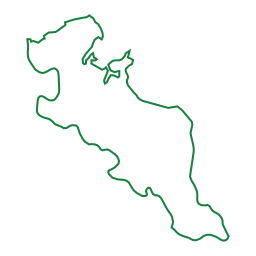 the border of Kyōto
{"feature_id": "JPN-1850", "entity_name": "Kyōto", "entity_type": "Urban Prefecture", "adm_level": 1, "iso_a3": "JPN", "parent_name": "Japan", "parent_adm1": "", "projection": "albers", "projection_center": [135.379, 35.234], "detail": "fine", "context": "isolated", "style": "outline", "palette": "green", "viewbox_px": 256, "rotation_deg": 0, "n_neighbors": 0, "source": "natural_earth", "source_scale": "10m", "svg_char_len": 2898}
<svg xmlns="http://www.w3.org/2000/svg" viewBox="0 0 256 256"><path d="M27.4,39.1L30.5,39.3L31.1,41.7L33.3,41.0L36.4,42.0L38.3,42.7L41.8,39.8L42.8,39.2L44.6,38.6L43.9,35.9L48.7,32.5L52.6,32.3L55.7,31.9L58.4,30.1L65.4,25.0L65.1,22.3L73.7,19.6L82.1,17.9L86.6,17.2L89.4,15.4L93.4,18.4L95.3,22.2L97.9,23.9L100.6,28.1L102.5,32.9L102.9,36.5L101.7,39.4L98.3,37.1L94.8,39.6L92.7,44.0L92.0,46.7L90.4,48.5L85.6,54.1L82.7,58.8L82.8,62.9L84.1,64.1L85.9,63.7L86.1,60.1L88.5,58.2L90.8,54.7L93.0,53.2L93.9,57.5L95.9,58.4L96.8,59.3L95.3,60.4L93.6,60.4L91.5,60.3L91.4,63.6L102.1,69.7L104.6,68.6L106.0,67.3L107.9,70.7L106.8,73.6L106.1,75.5L104.4,79.4L104.1,81.1L105.0,83.6L107.0,82.0L108.6,78.5L110.8,75.2L113.8,75.4L118.0,77.4L119.3,76.2L119.3,71.0L114.4,72.1L110.4,70.3L108.3,64.6L112.3,61.1L114.4,60.4L119.3,60.3L121.6,59.5L123.3,57.8L124.9,55.7L125.6,53.5L129.6,50.8L128.8,54.2L127.8,57.4L130.8,58.6L133.0,60.0L132.3,63.3L131.9,64.2L129.5,65.4L127.8,66.8L126.0,68.7L125.6,70.6L126.3,72.7L127.3,74.5L128.0,76.6L128.0,77.6L126.9,80.4L127.0,82.5L127.9,85.2L133.4,92.1L136.4,95.0L137.7,97.2L139.2,99.0L142.7,100.9L168.2,107.9L177.5,106.4L182.5,110.6L191.9,121.9L192.3,125.0L190.6,132.6L190.9,135.3L193.2,144.9L193.7,148.5L193.7,151.8L190.1,175.9L190.1,176.9L191.8,181.1L194.4,185.3L196.8,190.9L197.3,193.9L197.3,196.9L197.2,200.2L197.8,202.2L198.5,203.4L200.3,204.7L202.5,205.3L205.2,205.4L207.6,204.9L209.8,206.3L211.1,208.6L212.3,210.5L213.9,211.8L218.2,214.0L220.2,216.0L221.7,218.3L222.5,220.3L222.7,224.3L228.6,236.5L227.3,239.0L225.7,240.2L223.8,240.6L222.2,240.3L219.8,239.1L216.3,236.9L210.5,234.8L206.7,234.8L203.3,236.2L200.4,238.5L196.3,240.2L193.4,240.1L190.9,239.1L189.4,238.1L182.4,235.8L179.6,234.5L177.3,232.9L174.3,229.7L171.6,227.6L173.1,222.1L172.0,216.7L170.7,214.3L167.5,209.8L161.2,198.3L159.1,196.1L156.8,195.2L155.0,195.4L152.9,194.0L150.3,188.4L148.8,187.6L147.5,188.3L146.5,189.7L145.9,191.3L146.6,192.9L147.0,194.8L145.8,195.9L142.6,196.1L136.8,193.0L133.6,190.2L131.2,186.7L128.9,182.5L126.4,180.7L124.1,179.9L117.7,179.4L112.6,177.8L108.9,174.1L108.4,172.6L108.4,170.9L109.7,170.1L112.0,169.1L115.2,167.1L118.4,163.8L119.0,161.1L118.3,158.8L117.0,156.3L115.3,154.6L109.3,150.2L107.1,149.4L102.5,150.3L100.7,149.5L99.3,147.1L97.4,145.3L94.8,144.4L92.1,144.1L88.9,144.3L84.8,141.6L82.6,138.6L79.8,133.5L77.7,127.0L76.5,125.9L75.6,125.4L72.1,125.2L70.4,125.7L66.5,128.0L63.7,128.2L61.5,126.7L55.1,124.3L52.9,121.8L50.8,120.1L48.8,118.9L42.8,117.2L39.6,115.5L37.9,113.7L37.1,111.9L36.9,110.4L37.5,102.2L37.9,99.9L38.6,97.5L40.1,96.3L41.9,96.1L44.2,97.1L48.0,99.6L49.6,100.2L51.1,100.5L53.0,100.4L54.6,99.6L55.8,98.2L57.1,96.4L58.2,94.4L59.0,92.2L59.2,89.9L58.7,76.2L58.1,71.8L56.6,69.6L54.7,68.4L52.8,68.5L51.0,69.2L45.7,72.2L42.7,73.0L39.3,72.2L35.4,69.6L30.9,63.1L29.1,59.9L28.1,57.4L27.8,54.7L27.8,51.0L28.0,48.9L28.1,46.6L27.4,39.1Z" fill="none" stroke="#15803d" stroke-width="2"/></svg>